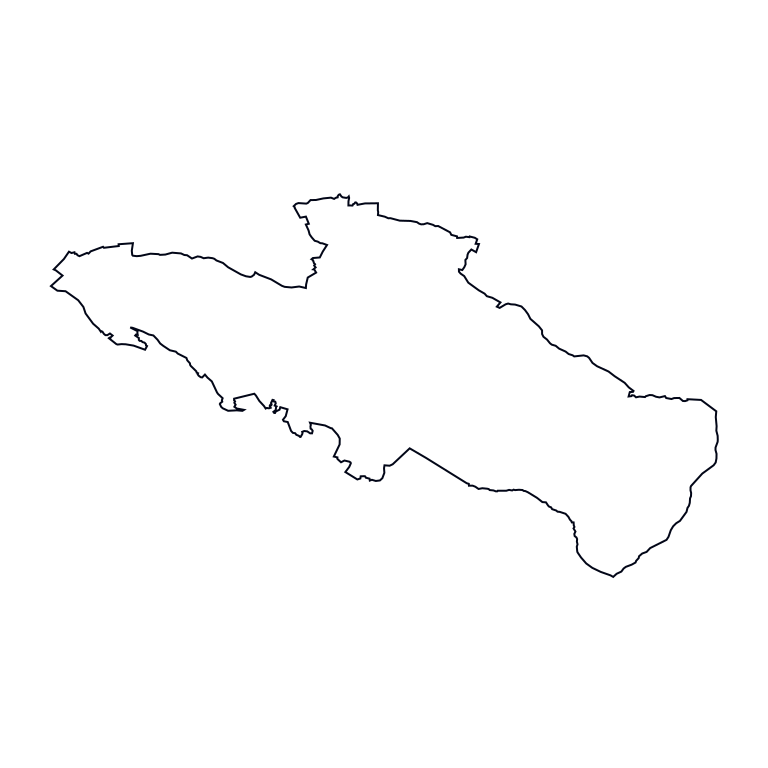 the district of Baita De Sub Codru, Maramures, Romania, rotated 181°
{"feature_id": "2599482B56138966689543", "entity_name": "Baita De Sub Codru", "entity_type": "district", "adm_level": 2, "iso_a3": "ROU", "parent_name": "Romania", "parent_adm1": "Maramures", "projection": "robinson", "projection_center": [23.146, 47.54], "detail": "fine", "context": "isolated", "style": "outline", "palette": "ink", "viewbox_px": 768, "rotation_deg": 181, "n_neighbors": 0, "source": "geoboundaries", "source_scale": "gbopen_adm2", "svg_char_len": 6128}
<svg xmlns="http://www.w3.org/2000/svg" viewBox="0 0 768 768"><g transform="rotate(181 384 384)"><path d="M472.7,563.4L475.1,562.5L477.4,560.2L476.3,559.1L476.3,558.4L470.7,548.8L465.0,550.0L462.0,542.9L464.9,542.1L462.1,536.2L461.0,532.3L458.8,529.3L455.8,526.0L452.7,525.2L450.1,523.7L448.1,523.6L443.4,522.0L447.5,515.4L450.4,509.4L457.3,508.7L458.5,507.6L457.5,507.3L457.5,506.3L456.8,505.8L456.2,503.7L455.0,502.5L455.9,501.2L454.4,499.4L456.6,497.4L455.7,497.3L453.8,494.2L462.1,489.1L463.6,482.2L463.8,478.6L470.5,480.0L478.1,478.9L485.0,479.4L487.8,480.4L498.6,486.6L510.7,491.0L514.7,493.5L515.8,491.0L518.2,489.1L519.6,488.7L523.9,489.3L529.1,491.1L541.9,498.0L547.1,502.2L553.7,504.6L555.8,506.2L557.6,506.8L562.0,507.3L566.5,506.6L569.6,507.9L572.6,508.3L578.2,506.1L583.1,509.3L585.9,509.5L589.2,511.0L598.1,511.6L604.9,509.6L610.3,509.2L611.7,509.9L619.8,510.2L629.6,507.9L633.5,507.5L637.3,507.9L638.0,508.7L638.5,512.8L637.5,520.4L651.8,519.1L651.6,517.3L654.8,516.9L666.4,515.3L667.3,516.3L679.6,511.5L681.7,509.2L683.2,509.9L690.7,506.5L692.7,507.4L693.7,508.8L695.4,508.8L695.8,510.3L698.7,509.5L701.3,510.8L706.2,503.4L716.2,492.8L714.1,491.9L707.3,486.8L718.7,476.1L712.2,471.6L704.0,471.2L691.2,462.4L685.9,455.8L683.6,449.3L675.9,439.2L670.2,434.4L668.0,431.3L667.6,431.9L666.4,431.4L665.0,429.3L663.4,428.0L661.5,428.0L658.9,429.7L656.2,427.7L658.3,425.7L658.4,424.9L659.3,425.5L659.9,425.0L652.3,419.2L651.0,418.8L647.2,419.3L643.0,419.2L635.0,418.0L623.5,414.1L621.6,417.8L622.6,418.4L622.8,419.8L624.2,421.2L626.2,421.7L627.3,422.8L629.1,422.9L629.9,423.8L629.9,425.7L633.6,428.1L632.8,429.1L631.1,428.9L631.5,430.8L631.3,432.5L638.7,436.1L636.4,435.8L625.9,432.2L620.0,429.4L615.4,428.5L611.2,424.3L608.5,420.6L605.4,418.3L598.7,414.0L592.7,412.7L590.7,410.8L582.0,406.6L581.1,404.2L578.4,401.3L578.2,399.8L577.5,398.7L571.9,393.4L571.5,392.1L570.1,391.5L570.5,390.6L569.5,389.1L567.4,387.6L565.9,387.4L563.2,390.3L560.6,387.3L556.2,383.6L550.8,372.6L549.7,371.1L545.1,367.0L545.8,364.9L545.4,363.5L547.5,361.8L547.8,361.1L546.4,358.3L544.8,356.9L539.4,354.5L530.7,355.1L525.1,354.7L523.5,355.7L530.7,356.9L533.2,358.6L532.0,360.7L533.3,362.6L532.6,364.0L533.6,365.1L533.6,366.7L513.5,372.0L511.9,370.3L508.3,364.8L503.6,359.9L501.9,357.4L500.9,358.0L498.6,357.7L496.9,358.3L497.9,360.0L497.5,360.9L496.3,360.8L496.0,361.8L496.7,362.9L495.2,366.2L494.1,366.0L494.3,364.7L492.4,364.4L491.9,362.8L492.9,360.5L491.0,359.7L491.5,359.0L491.8,356.1L494.1,354.2L493.2,353.1L492.4,353.2L492.3,354.0L490.6,355.2L488.0,356.5L487.3,359.0L480.0,357.0L481.7,350.1L484.4,346.5L483.5,345.0L479.6,344.3L476.1,335.5L474.3,333.6L471.9,333.2L470.8,331.7L468.2,330.7L467.0,329.6L466.5,329.6L464.9,332.4L464.6,333.7L465.0,334.7L463.0,335.6L459.9,335.3L457.0,333.4L455.1,333.4L454.5,335.9L455.4,337.3L456.6,338.1L456.8,340.6L456.4,341.8L457.3,344.0L442.2,341.5L436.4,338.9L435.3,338.8L429.4,332.3L427.3,328.7L427.3,322.8L432.9,310.6L429.3,309.8L429.4,308.6L429.0,308.0L425.6,305.0L422.2,306.8L417.2,305.7L416.0,304.9L415.8,304.1L417.3,300.5L421.1,295.3L409.0,288.1L406.0,289.1L405.7,291.3L402.0,291.5L401.2,291.3L400.5,290.0L396.8,289.1L396.5,287.2L394.4,288.0L390.5,286.9L386.4,287.5L384.0,289.8L382.1,295.2L382.5,299.8L382.1,302.7L376.9,302.4L373.9,303.9L357.2,320.1L340.8,310.9L299.5,286.2L297.5,285.7L297.3,283.8L293.6,283.9L290.9,282.9L287.6,280.7L283.9,281.5L279.0,281.1L277.5,280.8L276.5,279.8L272.7,279.5L270.2,278.6L268.8,278.7L268.4,279.3L259.9,279.4L257.1,280.3L254.0,279.8L252.6,280.6L251.1,280.2L247.2,280.6L243.6,280.4L242.6,279.6L240.8,279.4L238.3,278.3L229.1,272.9L223.6,268.7L220.0,268.5L217.8,265.3L216.8,264.3L214.8,263.6L213.7,261.8L209.6,260.5L208.3,259.4L206.0,259.2L200.2,257.4L197.3,254.4L195.7,251.6L194.2,250.1L193.8,248.9L192.0,248.9L191.8,246.0L191.1,244.4L192.0,242.9L190.0,239.8L191.1,237.4L190.7,235.3L188.9,233.9L188.2,232.3L188.4,229.7L187.7,227.1L188.4,224.7L187.9,220.2L187.6,219.1L184.0,214.0L178.7,208.1L172.5,203.8L164.0,199.9L154.1,196.6L151.5,195.1L148.1,198.3L143.4,200.6L141.2,203.7L139.0,205.4L133.2,207.7L129.4,209.9L128.8,211.6L126.3,214.4L126.0,216.2L122.9,219.0L118.5,220.7L115.0,224.6L98.8,233.1L96.9,236.1L94.7,242.8L92.4,246.8L89.4,249.9L85.7,252.3L79.3,261.4L78.4,265.4L77.0,267.5L76.2,270.5L76.0,275.0L75.1,277.2L75.0,280.4L75.7,283.1L75.7,286.1L75.2,287.4L64.2,300.0L53.0,308.5L51.0,311.3L50.3,315.4L50.3,320.0L51.4,323.8L51.4,326.3L49.4,332.0L49.3,333.9L49.5,338.0L50.9,343.1L50.7,347.6L51.7,356.7L51.3,362.5L66.7,373.6L80.3,374.1L80.3,373.0L82.5,372.2L84.8,372.2L88.4,375.2L93.7,375.0L96.3,374.0L101.6,374.9L102.9,376.8L108.3,375.4L111.8,376.0L115.4,377.5L118.3,377.6L122.1,376.3L122.8,375.5L128.3,375.9L131.8,375.1L133.7,376.8L135.8,377.1L136.4,376.2L139.2,375.8L138.1,380.2L134.9,380.5L134.4,381.4L139.2,384.9L143.4,389.4L153.5,395.8L159.7,400.4L171.3,405.5L175.9,408.7L179.4,413.7L181.3,415.2L184.9,416.1L194.3,414.9L195.9,416.0L199.9,417.2L203.0,419.6L209.5,422.4L213.0,425.2L217.0,426.3L218.8,427.7L221.8,431.3L225.4,434.0L226.8,436.7L226.9,440.4L230.2,444.4L238.8,451.7L241.2,456.3L244.3,460.4L247.9,463.9L254.3,465.7L258.6,465.9L261.3,466.6L263.8,465.8L269.7,462.1L272.5,463.3L269.0,467.6L277.2,472.1L282.7,473.6L285.0,476.1L290.8,479.3L301.5,486.8L305.7,493.3L309.3,495.7L311.0,497.6L311.1,500.0L307.7,499.3L305.8,502.1L304.5,505.1L304.8,509.4L303.1,511.4L302.7,514.8L301.9,516.8L299.0,520.0L294.2,517.4L291.5,525.6L294.8,525.8L293.3,530.3L295.8,531.8L300.9,533.0L301.1,532.3L304.7,532.7L306.9,531.8L313.4,531.3L313.6,532.9L319.3,534.3L320.6,536.8L332.6,542.9L335.5,542.7L337.8,544.0L343.6,545.6L347.2,544.4L349.7,544.3L351.6,544.9L353.9,546.4L360.4,547.5L371.1,547.6L380.4,549.9L382.6,549.8L386.1,551.3L393.0,552.8L392.8,555.8L393.2,557.5L393.2,564.6L406.3,564.2L413.6,562.7L414.0,564.0L415.3,565.1L416.0,565.0L416.8,563.7L417.9,563.4L418.6,561.9L422.7,561.9L422.7,566.2L422.1,569.4L422.5,570.9L423.3,569.9L425.0,569.4L428.5,569.9L429.8,570.7L431.4,572.9L432.6,572.4L433.7,570.7L433.6,569.8L435.5,569.3L437.1,568.2L440.3,569.4L447.9,568.5L455.2,566.8L460.7,566.6L463.3,563.7L464.8,563.0L472.7,563.4Z" fill="none" stroke="#020617" stroke-width="2"/></g></svg>